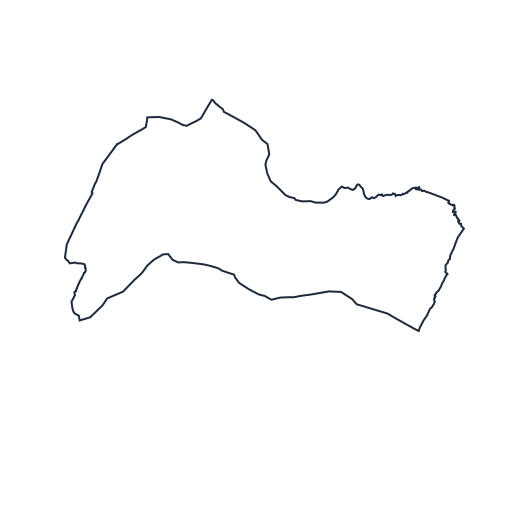 outline of Mountain Province, Mountain Province, Philippines, rotated 29°
{"feature_id": "2640588B69436428808540", "entity_name": "Mountain Province", "entity_type": "district", "adm_level": 2, "iso_a3": "PHL", "parent_name": "Philippines", "parent_adm1": "Mountain Province", "projection": "equal_earth", "projection_center": [121.216, 17.057], "detail": "fine", "context": "isolated", "style": "outline", "palette": "slate", "viewbox_px": 512, "rotation_deg": 29, "n_neighbors": 0, "source": "geoboundaries", "source_scale": "gbopen_adm2", "svg_char_len": 5825}
<svg xmlns="http://www.w3.org/2000/svg" viewBox="0 0 512 512"><g transform="rotate(29 256 256)"><path d="M93.7,187.4L95.2,191.0L97.1,196.7L94.9,200.6L91.3,206.3L88.4,211.2L85.7,216.5L80.6,225.5L80.3,225.4L77.1,250.2L78.0,255.1L79.0,260.6L80.3,268.6L80.0,269.9L81.3,279.8L82.6,280.4L82.6,293.6L83.3,309.2L83.4,309.5L83.5,311.3L83.2,312.6L84.9,337.6L89.7,350.1L92.0,351.2L94.1,351.4L96.7,352.7L99.0,351.0L101.0,349.4L103.0,349.2L106.5,347.3L109.9,346.4L111.1,347.2L111.1,347.3L111.3,347.4L111.4,347.5L111.5,347.6L111.6,348.2L111.8,348.5L112.0,348.9L112.2,349.1L112.3,349.1L112.3,349.3L112.6,349.5L112.8,349.3L113.1,349.5L113.2,349.8L113.6,350.2L113.8,350.6L113.9,351.2L114.0,351.3L114.3,351.7L114.3,352.0L114.2,352.3L114.2,352.5L114.2,352.8L114.3,353.1L114.3,353.3L114.2,353.6L114.1,353.8L113.8,354.0L113.8,354.3L113.9,354.6L114.0,354.9L114.0,355.2L114.2,359.0L114.1,359.5L114.0,359.8L114.1,360.0L114.3,360.1L114.3,360.3L114.4,360.5L114.4,360.8L114.3,361.3L114.3,361.6L114.1,362.0L114.3,365.0L114.3,365.3L114.5,365.4L114.5,365.6L114.4,365.7L114.3,365.9L114.4,366.5L114.4,366.8L114.4,367.1L114.5,367.7L114.7,368.0L114.7,368.6L114.7,368.9L114.8,369.4L114.7,369.8L114.8,370.4L115.1,370.7L115.0,371.4L115.0,371.7L114.9,372.1L115.0,372.4L115.3,372.9L115.3,373.3L115.6,373.5L115.7,373.9L115.7,374.1L115.3,374.5L115.1,374.6L114.7,375.1L114.7,375.8L115.2,376.3L115.4,376.7L115.5,376.8L115.8,377.2L116.0,377.3L116.6,377.8L116.7,378.1L116.6,378.7L116.6,378.8L116.7,379.0L116.8,385.4L120.5,390.4L122.8,392.8L124.8,394.1L127.8,394.2L130.0,394.1L133.0,397.9L140.7,390.0L145.7,373.6L146.4,365.3L157.0,351.6L161.2,336.0L163.0,330.6L164.5,326.0L165.6,317.0L168.4,309.0L170.1,306.0L172.5,302.2L173.8,299.8L178.2,296.9L184.9,299.8L191.2,299.3L195.6,296.5L202.6,293.4L214.5,288.6L221.6,286.6L229.1,285.0L233.1,285.3L238.6,284.4L245.9,282.9L247.7,284.6L254.1,287.7L265.7,288.5L276.8,288.3L283.1,286.7L290.4,286.8L290.9,286.6L297.5,280.5L305.1,275.9L308.7,274.0L315.2,268.6L322.7,263.1L336.8,251.7L347.8,246.2L361.0,247.1L367.4,249.4L398.9,242.6L406.7,242.8L419.8,242.9L427.4,242.9L434.6,242.8L434.0,238.8L433.8,230.7L434.4,225.5L433.8,217.7L434.7,215.4L434.7,213.4L434.9,211.8L434.8,211.1L434.6,210.6L434.5,210.4L434.4,210.2L434.5,210.0L434.5,209.7L434.5,209.2L434.4,209.0L434.2,208.9L432.9,207.9L432.7,207.5L432.6,207.1L432.4,206.5L432.4,206.2L432.6,206.1L432.5,205.7L432.7,204.6L432.6,204.4L432.4,204.3L432.0,204.5L431.9,204.5L431.8,204.3L431.7,204.3L431.4,203.7L431.2,203.5L431.5,202.9L431.6,202.0L431.7,201.6L431.4,200.5L432.4,198.4L432.5,195.0L432.5,194.4L432.6,192.4L432.1,190.7L432.2,187.0L432.2,186.2L432.0,184.7L431.8,181.5L431.9,180.2L432.3,179.0L431.8,178.7L430.5,178.7L429.2,178.0L429.0,177.0L428.6,175.8L427.7,175.0L426.4,172.3L426.6,169.9L427.0,169.0L426.3,166.5L426.6,165.6L427.0,165.0L427.0,164.1L426.3,163.3L425.7,161.4L425.3,156.4L425.3,153.6L424.9,151.6L424.2,147.3L423.5,141.8L424.5,131.2L421.0,130.3L419.8,128.4L418.8,128.8L418.3,129.2L418.1,129.2L417.6,128.7L416.5,128.1L416.5,127.8L416.6,127.4L416.8,127.0L416.8,126.5L416.7,126.3L416.4,126.3L416.0,127.1L415.7,127.1L415.5,126.3L415.1,125.7L414.8,125.5L414.5,125.4L414.1,125.4L413.5,125.3L413.1,125.0L412.0,124.1L411.6,123.5L411.1,123.3L410.6,123.5L410.4,123.5L410.0,123.7L409.6,124.2L409.4,124.2L409.1,123.6L409.5,122.0L409.6,121.3L409.4,120.8L409.1,120.5L408.3,120.8L407.9,121.2L407.4,121.6L406.9,122.0L406.5,121.4L406.4,119.6L406.8,118.8L407.0,118.2L406.5,117.6L405.9,117.3L405.6,116.5L405.2,115.6L404.3,115.2L403.4,116.3L402.8,116.1L402.4,116.1L402.0,116.3L401.6,116.6L401.2,116.6L400.8,116.5L399.5,116.3L399.2,116.4L399.0,116.6L398.8,116.6L398.5,116.3L398.2,115.5L398.2,115.2L398.4,114.6L398.3,114.3L398.1,114.2L397.8,114.1L397.5,114.1L397.3,114.3L391.1,114.6L382.8,115.8L377.2,116.6L373.9,117.3L373.5,117.4L373.2,117.4L372.5,117.3L371.7,117.3L370.8,117.8L370.6,117.9L370.4,118.3L370.2,118.6L369.7,118.7L369.4,118.7L369.1,118.5L368.8,118.3L368.6,118.0L368.4,117.9L367.9,117.9L367.7,118.0L367.1,118.4L366.9,118.6L366.8,118.8L366.6,119.0L366.3,119.2L365.9,119.3L365.6,119.2L365.4,118.8L365.4,118.5L365.5,117.6L365.6,116.8L365.5,116.6L365.4,116.6L365.2,116.7L365.0,117.2L365.0,117.3L365.1,117.8L365.0,118.0L364.7,118.2L364.0,118.2L363.8,118.3L363.7,118.5L363.8,118.8L364.0,119.0L364.0,119.6L364.0,119.8L363.8,120.1L363.7,120.1L363.3,120.0L363.2,119.9L363.1,119.0L363.0,118.8L362.8,118.7L362.7,118.8L361.3,119.8L359.8,121.2L359.5,121.8L359.0,123.1L358.9,123.8L358.5,124.6L358.0,125.0L357.8,125.6L357.6,126.0L357.8,126.7L357.6,127.3L357.0,127.3L356.6,128.4L356.3,128.5L355.7,129.7L355.2,130.1L354.7,130.4L354.3,130.4L354.3,131.1L353.7,131.7L353.2,132.4L352.6,133.0L352.2,133.1L351.1,133.3L350.4,134.0L349.6,134.8L349.1,134.9L349.0,135.6L347.2,134.3L346.6,134.9L345.4,134.9L345.3,135.8L344.9,136.7L344.1,137.5L342.6,138.3L341.8,138.4L340.8,139.0L340.2,139.8L339.2,140.5L338.2,141.9L337.6,142.0L337.1,141.5L336.2,141.1L335.5,142.4L334.0,142.6L333.4,143.1L332.8,144.6L332.2,146.8L330.9,148.4L329.5,148.3L328.8,148.5L327.9,150.8L327.2,151.4L325.6,151.8L323.3,151.5L320.4,149.4L318.7,147.3L316.6,145.3L314.1,144.6L311.7,143.6L310.3,144.1L309.8,145.4L310.1,148.5L308.8,151.2L306.4,151.7L303.3,151.6L300.6,153.6L297.4,153.7L296.0,157.4L295.9,163.7L294.9,167.6L291.9,174.1L291.7,174.3L289.3,176.6L282.0,180.5L277.0,181.6L270.2,185.7L263.7,187.7L261.4,186.8L257.2,188.1L252.4,188.5L240.0,184.9L232.8,183.6L225.8,178.3L220.4,172.1L219.7,170.8L219.4,169.6L218.9,168.0L218.8,167.2L218.5,162.3L218.2,160.5L213.0,154.0L211.7,152.5L205.0,151.5L194.5,146.3L181.3,145.3L170.1,145.3L158.1,145.5L155.6,143.6L150.6,142.9L148.6,142.4L146.7,142.2L145.2,141.6L143.8,140.9L142.6,140.6L141.6,140.8L141.6,142.0L141.5,145.5L141.3,150.6L141.1,162.3L138.4,166.9L135.1,171.5L132.3,175.7L128.4,176.9L122.7,177.0L115.4,177.7L103.9,181.4L93.7,187.4Z" fill="none" stroke="#1e293b" stroke-width="2"/></g></svg>